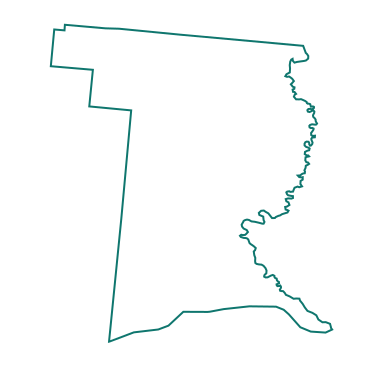 the district of Gilliam, Oregon, United States of America, rotated 185°
{"feature_id": "52423323B16142622218163", "entity_name": "Gilliam", "entity_type": "district", "adm_level": 2, "iso_a3": "USA", "parent_name": "United States of America", "parent_adm1": "Oregon", "projection": "robinson", "projection_center": [-120.461, 45.439], "detail": "fine", "context": "isolated", "style": "outline", "palette": "teal", "viewbox_px": 384, "rotation_deg": 185, "n_neighbors": 0, "source": "geoboundaries", "source_scale": "gbopen_adm2", "svg_char_len": 3589}
<svg xmlns="http://www.w3.org/2000/svg" viewBox="0 0 384 384"><g transform="rotate(185 192 192)"><path d="M94.0,347.3L217.3,347.7L278.9,348.3L292.5,347.5L333.2,347.5L333.1,341.9L343.4,341.9L343.6,305.0L301.4,305.1L301.8,268.3L259.7,268.0L260.1,159.2L261.6,35.7L261.0,35.9L237.7,47.1L213.6,52.1L203.8,56.8L190.2,71.9L166.0,73.9L163.8,74.3L150.2,78.1L124.9,83.1L98.3,85.1L90.4,82.7L84.9,78.6L72.3,66.7L61.5,63.3L46.7,63.6L40.4,67.2L41.6,68.6L41.9,69.7L43.0,72.7L47.4,74.0L50.7,73.6L55.0,76.0L57.4,80.0L61.5,82.1L66.6,83.6L69.6,86.9L72.0,90.2L74.9,93.2L75.7,95.1L78.7,95.0L81.5,94.5L85.6,96.5L89.6,97.8L90.2,98.8L90.6,99.3L91.7,100.4L92.7,101.2L94.4,101.1L95.6,101.3L96.0,102.4L95.5,103.2L95.0,104.5L95.2,105.6L95.9,106.5L96.7,106.0L98.7,105.7L99.5,106.5L99.7,107.4L98.3,108.1L97.3,108.6L97.6,110.0L98.5,110.3L99.7,111.4L100.1,113.1L101.7,113.6L102.5,114.6L102.6,115.7L104.3,116.4L106.1,115.6L109.2,113.6L111.2,113.3L112.7,113.9L112.8,114.5L112.4,115.9L110.9,117.4L110.9,120.2L112.1,122.5L114.3,124.7L116.4,125.7L119.1,125.7L121.4,126.0L122.7,126.8L123.1,128.6L123.2,131.9L124.4,134.4L125.3,138.1L124.1,139.6L123.6,141.7L125.5,143.2L127.3,144.3L129.0,145.2L130.2,146.1L131.0,147.8L131.8,149.6L133.0,150.5L134.2,150.8L136.7,150.8L139.5,151.5L140.4,152.6L139.2,153.7L137.7,153.5L135.4,153.9L134.3,155.0L132.8,157.0L134.2,158.9L135.3,159.3L137.4,160.1L139.1,161.9L139.7,163.7L139.1,165.1L138.4,166.5L138.2,167.4L137.3,168.3L135.5,169.1L134.7,169.3L132.8,169.1L130.2,167.9L126.8,167.8L122.6,167.2L119.3,166.6L117.9,166.7L117.2,168.5L118.2,170.2L118.9,173.7L122.9,175.0L123.6,177.0L121.5,179.3L118.8,179.8L117.0,178.7L114.1,177.4L111.4,174.5L110.0,173.0L107.2,173.3L106.3,174.4L103.8,175.8L102.3,176.3L100.3,177.8L95.1,179.9L94.2,181.8L95.4,182.3L97.2,182.7L97.9,185.2L96.1,185.8L93.8,187.6L95.0,190.1L97.2,191.0L98.0,193.1L95.7,194.0L92.4,194.1L90.9,194.8L91.1,196.7L92.1,196.7L96.0,197.1L97.2,198.2L98.0,199.9L97.2,200.7L95.2,201.2L94.1,200.7L91.4,201.2L90.9,203.1L90.2,205.2L87.3,206.6L85.6,206.1L82.9,207.2L84.7,209.4L84.8,212.5L82.8,214.0L83.0,216.4L84.1,216.1L86.5,216.2L88.0,217.6L85.6,218.0L84.3,219.3L82.8,220.2L81.3,220.5L81.2,222.2L81.9,223.4L81.0,225.8L80.9,228.1L79.0,229.2L77.8,230.2L79.0,231.5L80.7,231.7L81.9,233.4L81.9,235.4L81.9,236.5L80.5,237.1L79.3,237.4L78.5,237.7L79.5,238.6L80.8,238.4L83.0,239.6L82.9,241.8L80.5,243.3L78.9,243.8L78.6,245.6L79.9,246.3L82.3,246.9L83.9,248.2L84.1,249.9L83.4,251.5L82.2,252.2L80.3,252.2L79.5,251.1L79.4,249.8L78.4,248.4L77.5,248.7L76.4,250.3L76.2,251.8L77.4,254.0L77.8,255.3L77.0,256.8L75.9,256.9L74.4,257.2L74.4,258.8L76.7,258.4L78.2,259.1L78.5,261.2L77.5,262.7L76.4,264.8L76.4,265.8L77.8,266.3L79.1,266.0L80.5,266.6L80.9,268.1L80.2,269.1L78.3,269.9L75.0,269.8L74.0,270.1L73.4,271.2L74.2,272.1L75.0,273.5L75.2,275.0L76.3,276.3L77.5,277.1L78.1,278.4L78.0,279.5L77.2,281.2L77.1,282.8L77.8,283.5L79.2,283.7L79.9,283.0L81.9,281.9L83.6,282.2L84.2,283.6L83.3,284.8L81.4,285.2L80.3,284.8L78.5,285.4L77.8,286.5L78.0,287.5L79.1,287.8L79.7,287.5L81.0,287.5L81.4,288.4L81.9,289.8L83.5,290.2L84.5,290.1L85.3,290.6L85.5,291.5L87.1,292.5L89.6,293.4L91.5,294.0L93.3,293.6L96.4,293.4L98.8,295.8L98.1,298.0L96.9,298.8L98.6,300.6L100.1,300.6L100.7,302.8L99.1,303.7L99.0,305.2L100.8,305.7L102.9,307.9L101.7,309.3L100.2,311.4L102.0,313.5L103.5,314.5L105.3,315.5L107.4,315.0L109.1,315.5L108.1,317.6L105.0,319.6L105.1,323.6L105.7,326.9L105.5,330.4L104.7,332.5L103.4,333.4L103.0,331.5L101.2,329.8L98.8,330.7L95.0,331.6L91.9,332.3L90.0,332.9L87.9,335.0L88.0,337.6L89.3,339.3L90.9,340.6L91.0,341.0L94.0,347.3Z" fill="none" stroke="#0f766e" stroke-width="2"/></g></svg>